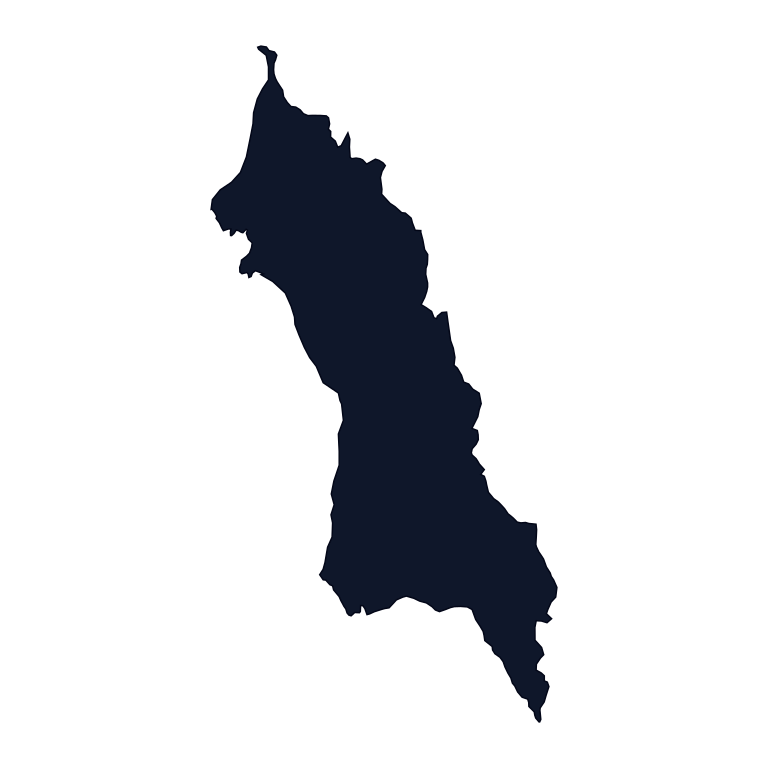 the district of Kalavasos, Larnaca, Cyprus
{"feature_id": "46923920B45773210999815", "entity_name": "Kalavasos", "entity_type": "district", "adm_level": 2, "iso_a3": "CYP", "parent_name": "Cyprus", "parent_adm1": "Larnaca", "projection": "equal_earth", "projection_center": [33.286, 34.783], "detail": "fine", "context": "isolated", "style": "filled", "palette": "ink", "viewbox_px": 768, "rotation_deg": 0, "n_neighbors": 0, "source": "geoboundaries", "source_scale": "gbopen_adm2", "svg_char_len": 3879}
<svg xmlns="http://www.w3.org/2000/svg" viewBox="0 0 768 768"><path d="M261.1,274.7L272.8,281.5L281.8,289.8L285.3,293.0L291.2,306.3L292.0,308.9L294.5,317.0L295.0,324.4L299.1,335.1L304.3,347.3L309.7,357.6L316.3,366.3L323.2,382.7L338.4,393.0L340.0,400.5L341.6,403.9L343.4,420.4L338.4,434.0L339.2,451.3L339.2,465.2L333.9,481.0L331.3,494.0L334.2,504.7L331.0,514.8L332.6,522.9L332.1,537.1L327.6,547.2L325.0,562.5L323.1,569.4L319.7,574.7L323.2,579.8L325.8,580.1L329.9,584.7L332.6,585.8L333.6,589.9L339.1,596.5L341.0,600.8L342.5,603.5L343.9,606.2L345.8,608.9L347.1,613.0L348.9,615.1L351.1,615.8L352.6,614.5L354.7,612.5L359.4,612.7L360.3,611.6L360.5,607.6L360.6,605.5L362.9,605.7L364.9,608.6L367.0,614.6L369.6,613.9L374.3,611.7L382.2,609.2L384.8,608.5L389.1,607.8L393.4,603.2L396.4,599.9L402.8,597.1L406.4,596.1L413.9,598.3L419.7,601.1L426.4,602.9L432.1,606.7L435.4,610.0L439.5,611.6L445.2,609.6L450.6,607.5L454.4,606.6L460.4,606.4L467.3,606.9L472.1,609.5L475.7,619.5L480.3,626.5L483.2,631.5L484.1,635.6L484.8,640.6L492.2,646.5L492.6,650.0L494.9,653.7L500.0,657.3L503.2,661.7L505.0,667.0L508.0,673.2L510.9,678.0L512.4,683.1L514.8,686.0L517.7,692.0L522.1,697.2L527.7,699.1L528.7,702.3L528.9,706.5L534.2,711.8L534.8,715.2L535.7,718.0L539.0,721.9L539.7,721.9L540.8,719.4L540.4,715.2L539.9,710.2L540.2,707.9L544.2,701.9L546.1,695.3L548.9,686.6L547.3,682.1L544.3,680.9L544.3,675.8L541.3,673.0L536.1,670.1L536.4,664.1L540.5,658.0L543.7,654.7L541.6,647.5L535.0,640.2L534.9,627.4L536.2,620.7L541.4,621.0L547.0,622.7L551.6,618.7L546.4,613.7L547.8,609.6L551.1,602.1L555.7,597.1L556.9,587.4L553.6,579.9L551.3,576.5L550.2,573.0L546.4,567.0L543.5,559.0L540.9,555.0L538.7,551.8L536.4,546.8L535.8,544.5L536.3,536.3L536.6,529.7L536.0,524.2L528.9,523.5L525.5,522.5L520.9,522.9L517.2,522.1L513.4,518.2L510.7,515.9L508.1,513.9L504.5,508.6L501.5,505.3L498.3,502.0L493.6,498.6L492.4,497.1L488.4,492.3L486.6,484.8L485.9,481.1L484.3,476.3L480.7,474.4L484.3,469.6L479.3,464.0L478.3,462.2L476.1,458.7L472.1,455.0L471.3,452.8L472.2,448.7L476.1,444.2L478.3,439.7L478.1,434.7L477.3,430.5L471.9,428.4L477.8,416.6L479.2,409.6L481.2,403.7L479.2,393.2L472.7,389.1L468.7,384.0L463.7,382.1L461.5,375.3L457.3,368.1L454.0,365.2L454.9,357.3L453.3,348.2L450.6,340.6L448.0,322.3L446.6,312.1L441.9,312.5L437.4,316.2L436.6,318.7L434.0,317.8L431.6,311.5L426.2,307.7L421.1,304.6L424.7,297.4L426.7,291.4L427.6,287.0L427.6,283.0L425.7,274.3L426.0,268.2L427.3,264.4L427.6,259.6L427.7,254.5L424.6,249.6L422.8,239.9L420.8,232.3L420.8,230.6L415.2,230.3L412.4,222.9L411.6,219.7L411.1,218.1L405.3,213.1L401.7,212.7L395.0,206.7L390.0,203.4L381.6,194.2L381.9,189.2L380.4,177.5L382.0,171.4L385.3,165.6L383.2,163.0L378.9,160.3L375.4,159.2L366.6,164.1L362.6,159.9L360.0,158.7L356.1,158.1L351.7,158.7L350.1,157.4L349.7,151.2L349.4,147.0L349.8,139.2L347.9,132.9L345.3,137.8L341.2,145.7L337.7,147.2L335.3,141.1L330.6,137.0L330.7,131.4L328.4,129.2L329.6,123.9L328.5,117.8L326.3,115.9L320.5,115.5L312.6,115.4L307.9,115.6L303.4,113.7L300.2,109.9L295.8,107.1L290.9,106.5L287.3,102.5L283.6,96.8L282.6,90.2L279.3,85.2L277.0,81.6L275.4,78.3L274.0,74.0L273.6,69.8L274.0,63.2L275.5,59.8L276.8,55.2L274.5,52.0L269.0,50.6L266.4,47.0L260.9,46.1L257.7,47.2L258.6,49.2L266.2,55.3L268.5,66.9L268.5,79.9L262.5,88.9L257.3,99.0L253.6,112.7L253.0,123.9L250.3,137.9L246.4,157.0L240.4,172.5L231.5,182.3L220.3,189.8L212.4,199.6L211.1,209.4L212.0,209.2L214.7,212.5L216.7,216.2L216.1,218.4L219.4,222.7L221.7,227.7L223.4,230.7L228.6,228.9L231.0,229.1L230.4,232.2L230.6,235.5L231.6,235.6L234.0,233.4L236.2,230.1L238.6,230.7L241.3,232.3L242.9,232.7L246.1,229.3L247.4,230.2L246.4,233.4L248.5,239.3L252.2,242.8L251.5,247.8L249.5,253.2L246.5,256.3L241.5,260.1L241.0,263.7L239.7,267.4L239.9,272.0L242.0,273.7L247.0,272.5L248.2,274.1L248.9,277.5L251.1,276.5L252.4,273.0L255.5,270.7L259.6,272.3L263.5,273.9L261.1,274.7Z" fill="#0f172a" stroke="#020617" stroke-width="1.5"/></svg>